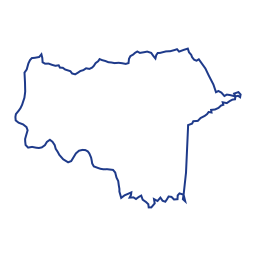 Quarto Centenário, Paraná, Brazil (Mercator projection)
{"feature_id": "56859067B6755584061341", "entity_name": "Quarto Centenário", "entity_type": "district", "adm_level": 2, "iso_a3": "BRA", "parent_name": "Brazil", "parent_adm1": "Paraná", "projection": "mercator", "projection_center": [-53.154, -24.316], "detail": "fine", "context": "isolated", "style": "outline", "palette": "blue", "viewbox_px": 256, "rotation_deg": 0, "n_neighbors": 0, "source": "geoboundaries", "source_scale": "gbopen_adm2", "svg_char_len": 2333}
<svg xmlns="http://www.w3.org/2000/svg" viewBox="0 0 256 256"><path d="M28.1,147.6L32.1,146.9L36.1,147.7L38.9,148.0L41.8,147.4L44.9,145.2L46.9,141.9L49.9,139.8L52.5,141.8L54.7,145.1L55.7,148.8L57.6,151.7L59.4,155.0L63.2,159.3L68.1,162.3L71.2,161.1L75.9,153.4L79.0,150.7L82.5,149.9L85.4,150.1L87.8,151.4L89.3,153.4L91.1,157.6L91.7,160.5L92.2,163.5L93.8,166.4L98.1,168.0L100.5,168.8L103.5,169.3L107.2,169.2L113.0,169.9L115.2,172.5L116.5,177.6L118.2,181.0L118.8,185.4L119.4,188.9L119.4,191.6L121.2,197.9L124.6,195.3L128.1,193.8L131.3,192.4L131.0,195.0L129.6,197.6L133.5,197.4L136.0,199.0L138.7,197.0L141.2,195.6L142.7,199.7L146.0,202.0L148.3,204.2L148.7,207.4L151.3,207.4L154.7,203.4L154.0,199.1L157.5,201.0L160.4,197.6L162.6,200.8L165.3,201.7L166.9,199.4L168.6,196.5L171.5,196.9L174.0,199.5L177.5,199.2L177.7,195.4L179.5,193.4L183.6,194.7L186.0,172.8L188.0,128.3L188.1,125.1L192.1,123.6L193.3,121.2L197.8,120.9L200.6,118.0L204.7,115.9L207.1,114.1L208.6,112.0L211.5,112.5L211.1,109.9L215.0,109.5L218.5,107.9L221.1,105.5L223.3,104.8L222.7,102.3L226.8,103.1L230.0,100.9L232.5,99.6L235.0,99.3L235.4,96.4L229.7,95.0L226.8,94.6L224.4,96.0L221.4,92.6L218.4,91.0L216.0,92.2L213.4,84.5L212.0,81.8L208.7,75.4L205.4,68.5L198.8,59.3L196.5,60.7L194.1,59.7L192.1,57.2L191.2,54.8L189.0,52.3L187.8,48.6L183.7,49.9L179.1,51.6L177.0,49.2L174.7,50.0L170.3,51.2L166.0,51.4L162.4,52.3L160.1,52.9L157.7,53.0L156.2,55.2L155.4,58.5L153.3,55.9L151.2,52.9L147.2,51.6L144.1,52.2L139.9,52.9L137.3,51.5L135.1,52.8L133.1,54.6L130.4,56.1L129.0,58.8L128.5,63.1L125.7,63.9L122.0,63.2L118.6,62.8L114.5,63.1L111.4,62.5L108.3,62.2L105.4,61.0L102.0,60.1L99.6,59.1L98.2,61.2L95.6,63.1L93.8,65.9L92.1,67.6L89.4,68.9L86.1,68.3L83.4,70.1L80.4,71.0L77.9,72.7L75.2,74.3L72.1,73.5L70.4,71.2L67.3,70.2L65.1,69.5L62.8,67.8L59.9,67.6L58.7,65.3L55.4,65.8L52.2,64.9L48.6,63.6L45.1,63.7L42.6,62.3L42.3,58.0L41.4,54.3L39.2,57.0L34.8,57.8L31.8,58.1L30.0,60.1L28.4,63.4L26.7,69.5L24.5,72.6L25.0,82.6L25.2,91.5L24.9,94.1L24.4,97.8L23.1,101.7L22.1,104.8L20.4,108.3L18.6,110.8L15.9,114.1L15.4,117.0L15.7,120.4L18.6,122.7L23.1,124.4L26.5,127.1L27.6,130.3L26.2,135.1L25.1,139.0L25.2,141.6L25.6,145.0L28.1,147.6ZM235.4,96.4L238.1,95.8L240.1,97.2L240.6,94.5L238.4,92.1L234.1,93.6L235.4,96.4ZM183.6,194.7L182.9,199.2L185.2,201.3L183.6,194.7Z" fill="none" stroke="#1e3a8a" stroke-width="2"/></svg>